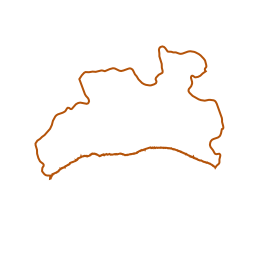 outline of Gaspar Hernández, Espaillat, Dominican Republic, rotated 160°
{"feature_id": "3306468B76468188202077", "entity_name": "Gaspar Hernández", "entity_type": "district", "adm_level": 2, "iso_a3": "DOM", "parent_name": "Dominican Republic", "parent_adm1": "Espaillat", "projection": "natural_earth1", "projection_center": [-70.259, 19.604], "detail": "fine", "context": "isolated", "style": "outline", "palette": "amber", "viewbox_px": 256, "rotation_deg": 160, "n_neighbors": 0, "source": "geoboundaries", "source_scale": "gbopen_adm2", "svg_char_len": 5648}
<svg xmlns="http://www.w3.org/2000/svg" viewBox="0 0 256 256"><g transform="rotate(160 128 128)"><path d="M157.0,190.6L156.9,174.4L156.5,172.5L155.4,169.8L155.2,168.4L155.4,166.6L156.4,165.3L157.4,164.8L158.6,164.9L164.0,168.1L165.2,168.4L166.8,168.5L168.9,168.1L174.2,165.2L174.9,165.2L175.5,165.5L176.5,167.0L177.6,167.6L178.6,167.3L180.8,165.5L182.0,165.0L184.2,164.7L189.1,164.8L190.8,164.5L192.4,163.7L196.1,160.4L198.5,156.9L201.5,153.9L208.8,149.9L211.9,149.0L214.3,147.9L217.5,147.1L220.2,145.1L220.7,143.5L221.0,138.6L222.2,134.9L222.5,130.4L222.1,126.9L221.5,125.7L220.1,123.6L219.8,122.5L220.0,121.8L220.3,121.2L221.9,120.0L222.3,119.4L223.3,117.4L223.5,116.7L223.2,115.6L222.4,113.3L221.5,111.9L220.2,111.0L217.2,109.8L218.6,107.0L218.2,107.0L218.2,107.4L217.7,107.4L217.5,108.0L216.6,108.4L216.6,108.8L216.2,108.8L215.8,109.5L215.3,109.7L215.1,110.1L214.8,109.9L214.5,110.3L213.8,110.3L213.8,110.5L213.3,110.5L210.6,110.7L210.4,110.5L210.0,110.7L209.6,111.0L209.2,111.0L209.2,110.9L208.2,111.0L208.0,111.4L207.4,111.6L207.1,112.0L205.9,112.2L205.9,112.4L205.1,112.6L205.1,112.8L204.8,112.6L203.4,112.8L203.4,113.0L202.7,113.0L202.7,112.8L201.6,113.0L201.6,112.8L201.1,112.6L201.1,112.8L200.8,112.8L200.6,113.1L199.7,113.3L199.7,113.5L197.1,113.7L197.1,113.9L196.1,113.9L196.1,114.1L194.8,114.3L194.5,114.9L193.5,115.0L192.3,115.0L192.3,114.9L191.8,114.9L191.8,115.0L191.3,115.0L188.6,115.0L187.9,115.2L187.9,115.4L187.7,115.2L186.8,115.4L186.6,115.8L186.1,115.8L186.0,116.2L185.0,116.4L185.0,116.6L182.3,116.6L182.0,117.0L182.0,116.8L179.2,116.8L179.2,116.6L178.7,116.6L178.6,116.8L178.6,116.6L178.1,116.6L177.8,116.2L176.8,116.2L176.3,115.6L176.0,115.6L176.0,115.2L174.9,115.2L173.1,115.2L172.8,115.6L172.1,115.6L172.1,115.8L171.5,115.8L171.5,116.0L171.2,116.1L170.5,116.2L170.4,115.8L169.4,115.8L169.1,115.4L168.6,115.4L168.6,115.2L167.8,115.0L167.6,114.7L167.3,114.7L167.1,114.3L166.8,114.3L166.5,113.7L166.2,113.7L165.5,112.8L164.6,111.6L164.2,111.6L164.1,111.2L163.6,111.2L163.6,111.4L161.8,111.4L161.8,111.6L160.9,111.6L160.7,111.4L160.7,111.6L160.4,111.6L160.4,111.4L160.1,111.4L160.1,111.2L159.6,111.2L159.3,110.9L158.8,110.9L158.8,110.7L157.3,110.8L157.3,110.7L157.0,110.7L156.8,110.3L156.0,110.1L156.0,109.9L154.4,109.9L154.4,109.7L153.9,109.5L153.6,108.9L152.7,108.8L152.3,108.4L149.3,108.0L149.3,107.8L148.3,107.6L148.3,107.4L147.7,107.4L147.7,107.2L147.0,107.0L147.0,106.9L144.1,106.7L143.8,106.3L143.3,106.3L142.8,105.7L142.2,105.5L141.9,104.9L141.2,104.8L140.7,104.0L139.8,103.6L139.8,103.4L138.3,103.2L137.8,103.0L137.8,102.9L137.2,103.0L136.9,102.7L136.1,102.7L134.9,102.7L134.1,102.5L134.1,102.3L131.6,102.1L131.6,101.9L130.6,101.9L130.6,101.7L130.1,101.7L128.2,101.5L128.0,101.9L127.2,101.9L127.2,102.1L124.0,102.5L124.0,102.3L123.0,102.5L123.0,102.3L121.4,102.3L121.4,102.1L120.5,102.1L120.5,102.3L119.2,102.3L119.2,102.1L119.0,102.3L113.9,102.1L113.9,101.9L112.9,101.5L112.9,101.3L112.3,101.3L112.3,101.1L111.8,101.1L111.8,100.9L111.1,100.9L110.2,100.6L110.2,100.4L109.7,100.6L109.5,100.2L108.9,100.0L108.9,99.8L107.6,99.8L107.1,99.2L105.8,99.0L105.5,98.7L104.0,98.5L104.0,98.3L103.6,98.3L103.2,97.9L102.3,97.7L101.9,97.3L101.3,97.3L101.1,96.9L100.3,96.9L99.9,96.8L99.7,96.4L98.6,96.2L97.9,95.8L97.6,95.4L97.1,95.4L96.8,95.0L95.8,94.8L95.4,94.3L94.7,94.3L94.7,94.1L94.1,93.9L93.4,92.9L92.9,92.9L92.5,92.4L92.1,92.4L92.0,92.0L91.0,91.6L90.2,90.7L89.6,90.5L89.4,90.1L89.1,90.1L88.6,89.5L88.6,89.1L87.8,88.9L87.1,88.0L86.8,88.0L86.7,87.6L86.3,87.6L86.0,87.0L85.7,87.0L85.2,86.1L84.6,85.9L83.9,84.9L83.6,84.9L83.0,84.0L82.6,84.0L82.5,83.6L82.3,83.6L82.3,83.2L81.8,83.2L80.4,81.3L80.1,81.3L79.4,80.6L79.4,80.2L79.1,80.2L78.9,79.8L78.6,79.8L78.5,79.2L78.0,79.0L77.6,78.5L77.0,78.5L76.5,78.8L76.5,77.7L76.4,77.7L76.4,77.3L76.0,76.9L75.6,76.9L75.4,76.6L75.1,76.2L74.7,76.2L74.4,75.6L73.8,75.4L73.8,75.0L72.8,73.9L72.5,73.9L71.9,73.1L70.9,72.7L70.6,72.4L70.2,72.4L68.8,70.6L68.5,70.6L68.1,70.1L67.5,69.9L67.3,69.5L66.7,69.3L66.4,68.7L65.6,68.6L65.6,68.2L64.9,68.0L64.3,67.2L64.0,67.2L63.3,66.3L63.0,66.3L62.7,65.7L61.7,64.7L61.7,64.4L61.1,63.8L61.1,63.4L60.6,63.2L60.4,62.5L59.5,61.3L59.5,60.9L57.5,62.3L55.1,63.2L54.2,63.9L53.8,64.5L52.8,67.3L50.9,70.1L50.6,70.8L50.5,71.6L51.1,72.6L54.0,73.2L54.9,73.9L55.3,75.1L55.7,78.0L56.9,81.7L56.9,83.5L56.7,84.4L55.5,86.4L54.6,87.3L53.0,88.2L51.3,88.4L46.8,88.3L44.7,88.9L43.6,89.8L42.4,91.2L40.2,94.8L39.0,94.8L38.3,95.6L37.9,97.3L37.5,101.6L36.8,103.5L36.4,105.3L36.3,120.5L36.7,122.9L37.3,124.0L38.2,124.8L41.3,126.4L42.4,126.8L46.5,127.4L50.0,129.3L51.8,130.8L56.3,136.1L58.1,139.9L58.5,141.6L58.2,142.8L57.5,143.8L54.4,145.6L52.6,147.7L52.0,149.4L51.7,153.5L51.4,154.2L50.7,155.0L50.1,155.2L49.4,155.0L48.8,154.3L47.9,152.9L47.2,152.5L44.7,152.1L42.1,152.4L39.2,153.7L35.5,154.7L35.9,155.8L35.7,156.9L35.3,157.5L33.6,158.6L33.2,159.3L32.9,160.8L32.5,165.1L33.2,167.4L34.9,171.3L36.2,173.3L38.8,176.1L39.9,177.0L43.0,178.7L44.2,179.1L45.9,179.3L51.3,179.3L53.0,179.6L54.2,180.2L57.2,182.7L59.7,183.6L61.2,184.8L63.9,185.9L64.6,186.4L65.7,190.4L66.5,191.9L67.8,192.9L69.9,193.0L71.3,192.2L72.2,190.9L73.0,187.4L74.0,184.6L74.4,176.7L75.6,173.0L75.9,170.0L76.3,168.8L76.8,168.2L77.5,168.0L81.0,167.5L84.4,165.7L85.1,164.9L85.4,164.3L85.3,162.2L85.5,161.6L86.5,160.5L88.6,160.1L91.8,160.2L93.1,160.6L96.5,162.5L97.9,163.7L99.4,165.5L101.5,170.1L102.2,173.7L103.1,176.0L103.5,179.9L103.8,181.4L104.8,182.7L105.8,183.4L107.2,183.6L112.7,183.6L115.0,183.9L116.5,184.8L120.1,188.5L121.7,189.3L124.9,189.6L130.3,189.3L132.3,190.7L133.4,191.2L139.1,191.8L142.0,193.1L145.7,193.8L148.8,195.1L150.3,194.9L153.4,193.3L157.0,190.6Z" fill="none" stroke="#b45309" stroke-width="2"/></g></svg>